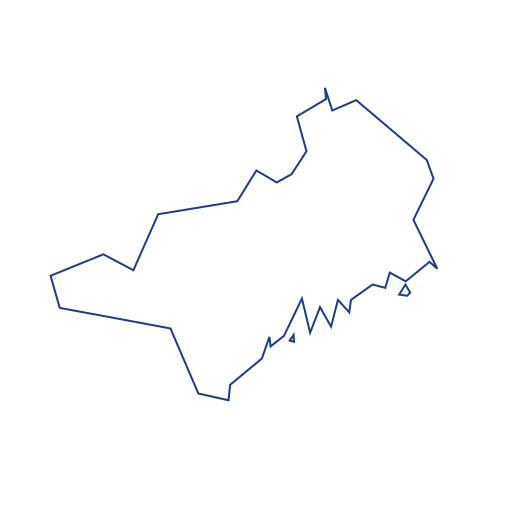 outline of Satakunta, rotated 240°
{"feature_id": "FIN-3192", "entity_name": "Satakunta", "entity_type": "Region", "adm_level": 1, "iso_a3": "FIN", "parent_name": "Finland", "parent_adm1": "", "projection": "albers", "projection_center": [22.046, 61.595], "detail": "coarse", "context": "isolated", "style": "outline", "palette": "blue", "viewbox_px": 512, "rotation_deg": 240, "n_neighbors": 0, "source": "natural_earth", "source_scale": "10m", "svg_char_len": 754}
<svg xmlns="http://www.w3.org/2000/svg" viewBox="0 0 512 512"><g transform="rotate(240 256 256)"><path d="M154.3,406.6L164.2,403.4L159.2,373.0L174.7,363.6L163.8,352.0L173.0,342.7L170.5,316.3L160.6,308.6L177.0,305.0L157.3,285.7L179.7,285.9L162.5,264.5L196.2,274.5L172.9,240.4L170.4,223.4L179.3,227.2L164.3,209.9L157.4,169.2L144.8,160.1L165.7,137.3L236.0,145.7L309.2,60.1L341.6,68.2L333.8,124.6L305.0,142.7L341.1,192.2L312.8,267.2L329.9,299.1L309.3,310.7L309.1,327.9L321.5,352.1L356.5,361.2L356.9,395.1L367.2,399.8L343.9,394.8L340.9,420.7L253.8,451.9L234.2,448.4L208.6,410.4L154.3,406.6ZM156.5,371.1L147.2,371.2L146.0,367.1L151.0,360.7L156.5,371.1ZM165.9,242.9L168.9,249.1L162.7,246.0L165.9,242.9Z" fill="none" stroke="#1e3a8a" stroke-width="2"/></g></svg>